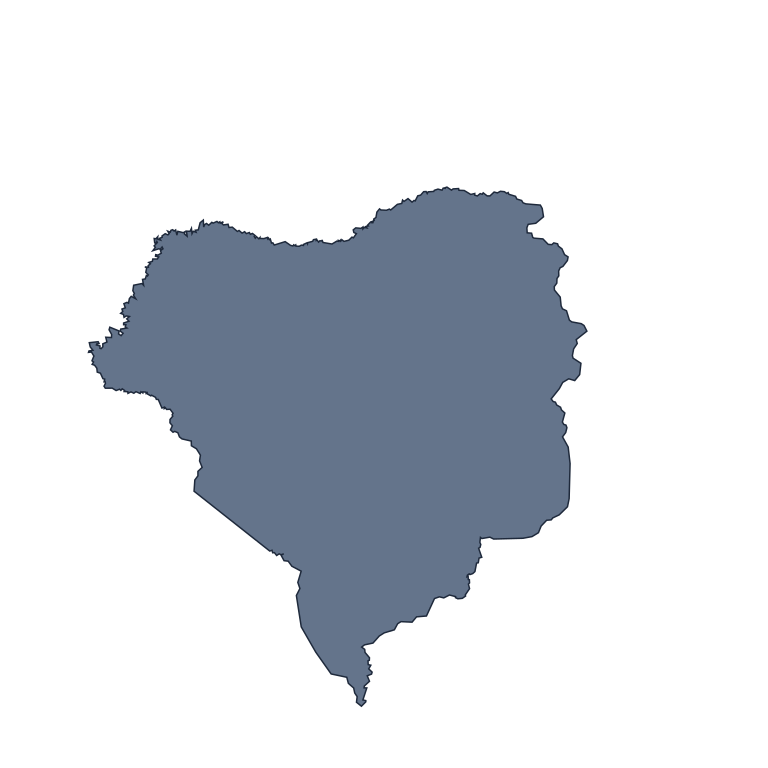 outline of Kalumbila, North-Western, Zambia, rotated 55°
{"feature_id": "96606910B30237809157373", "entity_name": "Kalumbila", "entity_type": "district", "adm_level": 2, "iso_a3": "ZMB", "parent_name": "Zambia", "parent_adm1": "North-Western", "projection": "natural_earth1", "projection_center": [25.402, -12.363], "detail": "fine", "context": "isolated", "style": "filled", "palette": "slate", "viewbox_px": 768, "rotation_deg": 55, "n_neighbors": 0, "source": "geoboundaries", "source_scale": "gbopen_adm2", "svg_char_len": 6170}
<svg xmlns="http://www.w3.org/2000/svg" viewBox="0 0 768 768"><g transform="rotate(55 384 384)"><path d="M338.5,157.4L330.9,153.7L327.1,153.3L317.8,164.5L315.3,166.2L312.6,166.0L308.7,169.1L305.7,168.6L300.2,172.9L298.4,172.5L298.3,174.1L295.5,175.1L292.9,178.1L292.5,181.5L289.9,183.7L290.7,189.3L289.1,191.6L284.3,193.1L284.9,194.7L283.2,196.0L283.5,199.7L281.3,201.4L280.0,200.4L278.5,204.2L271.5,207.3L268.3,211.5L266.7,210.8L263.8,215.5L263.9,217.5L258.8,219.5L258.2,221.6L259.3,221.2L257.5,223.1L258.5,225.3L255.3,228.0L254.2,231.7L254.8,232.8L251.9,237.6L252.8,239.4L250.5,239.1L249.2,241.2L250.3,245.7L249.2,248.4L251.9,253.4L250.9,254.1L251.1,256.7L245.9,258.0L245.9,262.9L244.0,263.3L246.3,265.9L244.5,270.0L245.3,278.7L243.8,279.3L243.1,282.3L239.7,286.7L238.0,287.2L239.1,291.2L243.0,295.1L243.0,297.7L245.0,298.4L243.8,298.5L245.5,300.6L244.9,301.4L244.2,300.2L243.6,302.0L244.5,306.4L245.5,306.2L244.6,308.6L246.3,308.5L244.5,310.3L244.9,312.3L243.3,311.2L243.3,313.6L239.9,317.6L240.1,320.8L242.6,321.8L245.0,320.4L246.7,325.2L245.3,326.0L246.0,330.4L244.2,335.0L241.9,335.7L242.1,337.3L241.2,336.8L241.5,338.0L240.2,339.0L241.1,339.4L239.9,340.7L239.5,346.3L233.1,352.8L230.4,352.1L231.2,352.8L229.9,354.4L230.2,356.2L227.8,356.2L227.6,357.2L226.5,356.3L225.3,359.0L226.2,360.6L224.4,365.6L225.1,366.2L224.2,366.1L223.5,369.9L224.3,370.5L222.8,372.1L222.6,374.4L220.6,377.0L219.4,376.5L219.5,377.7L218.2,378.1L218.7,379.4L216.9,381.0L210.7,383.3L207.2,394.2L204.6,394.1L204.0,395.3L200.0,394.0L200.0,395.1L198.3,394.9L198.5,395.9L197.1,395.3L196.0,399.0L193.6,402.1L192.9,401.6L193.3,403.2L190.1,404.0L190.7,405.8L188.8,405.7L188.5,404.4L185.2,405.4L184.7,407.6L182.7,407.4L181.8,410.5L179.3,410.8L179.0,413.7L175.1,414.7L174.9,416.6L168.5,418.3L166.9,421.2L163.7,420.1L161.6,424.3L159.6,424.7L158.9,422.6L158.3,425.9L157.0,425.4L156.9,427.2L155.0,427.6L154.2,431.7L152.8,432.3L153.4,436.5L150.7,437.3L150.5,439.4L152.0,441.7L146.1,438.0L146.4,442.1L151.2,447.7L149.8,450.4L151.9,450.9L149.5,452.6L150.8,455.1L146.1,452.5L147.7,455.3L145.5,458.1L150.0,460.5L146.7,461.4L145.1,459.6L144.9,461.6L140.7,465.3L143.3,468.3L138.3,466.3L138.3,468.2L136.4,468.6L135.9,470.3L137.0,472.0L134.8,473.5L137.6,473.7L137.9,475.5L135.4,477.0L135.4,480.9L136.6,481.6L135.9,484.4L137.9,484.5L135.3,486.5L133.6,484.9L134.2,487.5L133.0,488.8L136.9,490.9L137.9,490.3L136.9,488.3L138.1,488.5L139.0,493.1L140.9,492.9L142.2,496.9L144.1,490.8L145.3,490.1L144.5,487.2L146.5,487.5L146.6,490.6L149.1,491.4L148.8,495.2L147.1,496.8L148.3,497.9L150.7,495.7L151.6,498.0L149.0,501.7L150.7,503.4L149.5,507.0L151.5,506.4L151.8,509.3L153.2,510.0L150.9,512.7L152.7,511.7L155.9,515.1L159.4,514.5L159.9,515.9L158.8,516.4L161.0,519.3L159.8,521.8L165.2,524.3L162.9,524.6L159.5,532.4L163.5,536.2L166.7,536.6L167.4,538.3L171.7,538.5L167.2,540.8L168.0,543.6L171.2,546.9L169.7,547.7L169.0,551.0L173.2,552.2L172.3,555.7L174.8,556.4L175.1,559.2L177.6,557.5L180.3,558.7L180.4,556.1L182.7,553.8L183.1,557.4L186.3,556.9L184.7,562.3L186.1,563.3L187.4,561.5L188.8,563.2L190.7,562.5L188.0,568.2L189.5,569.7L192.8,568.6L193.6,571.6L190.7,572.7L188.6,570.6L180.2,576.0L181.9,578.1L187.2,578.7L189.6,580.6L186.1,585.1L190.7,586.9L189.8,591.3L192.3,593.0L192.8,595.4L191.8,596.2L189.9,594.8L187.1,597.2L186.4,596.3L187.4,594.2L185.4,593.9L181.1,601.7L185.2,603.4L189.4,603.1L187.7,606.7L188.6,607.9L190.0,605.3L194.7,605.6L197.5,609.9L199.4,609.3L200.5,611.8L202.7,610.3L206.4,610.2L209.8,612.1L212.5,610.1L218.4,611.2L219.8,610.0L221.6,612.0L222.0,611.1L223.7,611.8L225.2,614.6L227.6,614.7L231.5,609.0L235.7,607.2L236.6,603.6L238.3,603.2L237.8,601.2L240.5,600.2L241.1,601.2L243.4,598.3L244.8,599.1L245.3,595.8L248.1,594.2L248.0,591.6L251.9,589.2L250.9,587.5L253.0,586.7L252.2,586.0L254.1,583.7L255.3,584.3L255.3,583.0L256.3,583.6L260.0,581.8L259.9,580.8L263.9,578.8L266.0,579.3L267.2,577.8L276.3,579.7L277.0,577.2L278.1,578.1L278.2,576.7L280.1,576.7L282.0,573.7L287.0,573.6L287.7,575.2L289.2,575.5L290.3,579.6L293.0,581.6L296.8,581.3L299.1,585.2L302.5,584.5L302.8,582.6L305.7,580.8L310.0,581.9L313.1,581.0L320.2,574.6L324.1,577.2L329.5,574.8L337.0,575.2L341.2,579.2L348.0,580.8L348.8,586.5L352.5,589.1L354.1,594.0L362.9,601.1L455.3,573.4L456.0,571.1L458.4,572.0L459.3,570.5L462.9,570.3L463.0,567.3L464.8,566.3L465.6,563.5L465.2,566.5L471.4,567.2L474.2,564.1L480.5,564.0L489.8,559.2L497.1,568.4L503.3,570.2L507.0,577.1L535.5,591.1L564.5,593.7L591.2,593.6L602.9,582.7L608.8,584.9L615.6,583.2L620.3,585.2L624.7,585.3L628.9,589.1L635.0,587.3L633.9,581.2L632.9,580.5L630.7,582.5L623.1,572.4L621.5,574.6L620.1,573.3L619.2,566.4L613.4,565.1L614.5,560.6L613.2,559.0L608.6,559.9L606.8,556.1L604.8,557.9L601.6,555.9L601.9,554.5L599.9,552.9L593.0,553.5L590.3,552.0L586.7,553.2L586.5,549.6L589.9,541.6L587.7,532.4L588.0,526.5L591.3,516.5L588.2,510.3L588.4,506.4L595.2,497.6L593.4,490.9L598.4,482.3L588.7,465.7L590.1,460.7L593.5,457.7L594.4,451.4L599.2,447.3L600.0,448.0L602.3,446.7L604.5,442.8L604.5,438.8L603.4,438.4L600.7,431.3L596.3,429.6L596.0,428.0L593.2,426.3L592.5,427.1L589.8,425.4L589.5,426.6L588.4,425.3L588.4,423.1L589.4,422.9L590.2,420.1L589.8,417.1L583.8,410.9L584.5,409.3L581.1,406.0L582.0,403.3L572.8,400.7L572.9,399.0L571.0,396.8L568.7,396.3L565.0,393.0L566.7,392.5L570.2,385.1L573.9,383.1L590.1,358.6L593.9,350.3L594.4,342.8L590.5,336.8L588.9,328.9L591.2,325.0L590.5,322.4L591.7,315.5L589.8,304.1L584.1,298.1L555.9,277.2L541.3,269.3L529.7,268.1L528.0,263.0L524.7,259.2L522.0,258.5L520.3,259.9L517.5,259.7L511.5,252.5L507.0,253.5L504.3,252.7L500.2,254.6L497.2,254.0L495.4,255.5L492.1,255.6L488.4,243.1L485.2,236.7L485.7,229.7L490.6,225.8L488.5,218.3L480.0,210.8L471.3,214.3L468.8,213.4L464.0,208.5L461.7,202.5L457.9,201.1L457.1,187.5L450.8,186.6L447.7,187.8L440.8,194.6L438.0,195.5L428.7,192.5L424.8,194.7L421.6,194.1L413.9,189.8L404.8,190.5L401.9,188.7L400.5,184.6L396.8,181.8L395.7,178.8L391.6,176.1L389.8,173.0L390.3,170.0L388.1,163.0L385.5,160.3L381.6,161.9L375.3,160.7L371.1,162.1L368.7,161.4L365.8,164.0L366.1,166.6L363.8,169.4L356.3,170.6L350.6,177.4L349.3,178.1L345.1,176.6L342.3,180.0L338.0,177.4L335.9,174.3L339.4,167.5L338.5,157.4Z" fill="#64748b" stroke="#1e293b" stroke-width="1.5"/></g></svg>